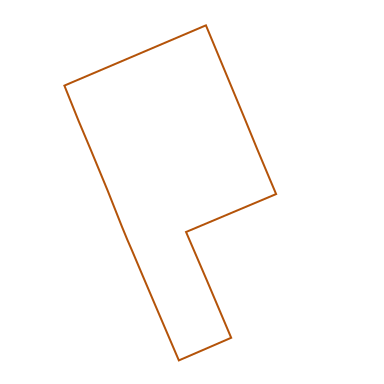 the district of Christian, Missouri, United States of America, rotated 246°
{"feature_id": "52423323B44672295900788", "entity_name": "Christian", "entity_type": "district", "adm_level": 2, "iso_a3": "USA", "parent_name": "United States of America", "parent_adm1": "Missouri", "projection": "equal_earth", "projection_center": [-93.267, 36.954], "detail": "fine", "context": "isolated", "style": "outline", "palette": "amber", "viewbox_px": 384, "rotation_deg": 246, "n_neighbors": 0, "source": "geoboundaries", "source_scale": "gbopen_adm2", "svg_char_len": 403}
<svg xmlns="http://www.w3.org/2000/svg" viewBox="0 0 384 384"><g transform="rotate(246 192 192)"><path d="M43.5,111.5L42.9,168.5L103.9,169.6L157.9,170.3L155.9,268.0L171.8,268.3L204.9,269.0L238.3,270.0L338.6,272.5L341.0,126.8L341.1,118.7L302.9,117.3L272.7,116.7L227.2,115.5L188.9,113.9L174.7,113.5L163.0,113.4L135.9,112.9L105.0,112.4L43.5,111.5Z" fill="none" stroke="#b45309" stroke-width="2"/></g></svg>